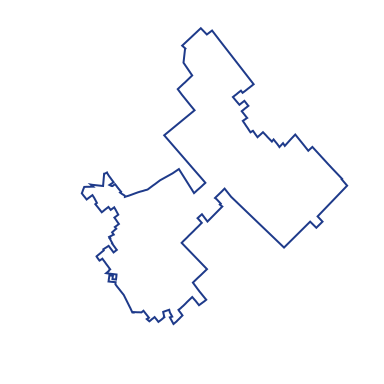 outline of Escárcega, Campeche, Mexico, rotated 316°
{"feature_id": "50627088B69816273127262", "entity_name": "Escárcega", "entity_type": "district", "adm_level": 2, "iso_a3": "MEX", "parent_name": "Mexico", "parent_adm1": "Campeche", "projection": "orthographic", "projection_center": [-90.697, 18.582], "detail": "fine", "context": "isolated", "style": "outline", "palette": "blue", "viewbox_px": 384, "rotation_deg": 316, "n_neighbors": 0, "source": "geoboundaries", "source_scale": "gbopen_adm2", "svg_char_len": 5654}
<svg xmlns="http://www.w3.org/2000/svg" viewBox="0 0 384 384"><g transform="rotate(316 192 192)"><path d="M71.2,252.0L71.5,255.4L73.6,255.6L74.6,255.6L75.9,255.8L78.2,256.0L77.9,259.6L77.6,262.1L80.8,262.5L81.8,262.6L84.5,262.8L84.8,262.5L85.2,262.8L86.3,260.9L87.5,258.9L88.0,258.2L89.1,258.7L91.5,259.8L93.8,260.9L92.4,263.3L91.9,265.3L91.2,267.9L89.0,266.8L88.0,270.4L87.0,274.1L87.9,274.2L88.6,274.2L89.8,274.3L91.0,274.4L92.2,274.3L94.9,274.3L95.0,274.3L97.1,274.2L99.4,274.2L99.8,271.6L99.9,270.8L100.0,269.8L100.0,269.6L100.2,268.3L100.3,268.0L100.4,267.4L102.8,267.7L104.8,267.7L106.4,267.8L108.3,267.8L109.6,267.8L111.9,267.7L113.9,267.7L115.3,267.7L116.6,267.7L119.2,267.7L119.0,271.4L119.0,272.5L118.9,273.4L118.6,276.3L118.4,278.3L120.6,278.6L122.9,278.9L125.0,279.2L127.4,279.4L127.8,274.3L128.1,271.0L128.3,268.4L128.4,268.0L128.6,266.2L128.7,265.3L129.0,263.3L129.0,263.2L129.3,260.8L129.7,257.8L132.0,257.8L132.9,257.8L133.6,257.8L134.3,257.8L135.2,257.8L136.6,257.8L140.4,257.9L142.3,257.9L144.1,257.9L145.6,257.9L149.2,257.9L149.2,248.4L149.2,235.9L149.2,226.2L149.2,221.4L151.6,221.3L154.0,221.3L157.1,221.3L159.3,221.2L161.3,221.2L163.2,221.2L166.1,221.2L168.8,221.1L170.8,221.1L173.2,221.1L175.6,221.0L177.6,221.0L177.8,216.5L177.8,215.3L177.8,214.9L177.8,214.7L181.2,214.8L183.7,214.9L182.6,224.0L203.7,223.5L203.3,220.4L204.6,220.4L204.7,214.3L204.7,214.2L204.4,212.3L205.6,212.3L209.3,212.3L211.6,212.3L213.8,212.3L214.1,212.3L216.5,212.2L217.8,212.2L216.8,222.6L218.2,259.8L218.8,274.7L219.6,295.9L256.4,295.4L256.6,304.1L265.3,304.0L265.4,296.8L308.0,295.2L308.5,286.8L309.1,286.8L309.2,272.7L309.3,266.1L309.9,243.2L304.3,243.1L305.0,236.0L306.2,222.4L299.4,222.7L290.8,223.3L291.4,220.1L286.1,220.4L286.3,219.5L286.4,218.6L286.6,217.1L286.7,216.4L286.9,213.8L287.2,210.9L286.5,211.0L285.7,211.0L285.0,211.1L284.5,211.2L284.5,210.0L284.5,208.8L284.5,208.0L284.5,207.6L284.5,206.4L284.5,205.8L284.5,204.7L284.6,203.0L284.6,201.0L284.6,198.8L284.6,198.3L279.9,198.2L279.0,198.1L278.1,198.1L277.2,198.1L277.6,195.2L277.8,193.8L277.9,193.4L278.4,190.3L278.2,190.2L277.5,190.1L277.3,190.1L276.4,189.9L275.5,189.7L276.0,186.9L276.5,184.5L276.8,182.5L277.0,181.3L277.2,180.5L277.7,177.4L278.0,176.3L278.0,176.2L279.0,176.3L279.5,176.4L280.6,176.6L281.8,176.8L282.3,176.8L283.1,177.0L283.1,176.9L283.2,175.8L283.9,168.4L284.4,168.4L284.9,168.5L285.4,168.5L285.8,168.6L286.3,168.6L286.8,168.7L287.6,168.7L288.6,168.8L290.1,169.0L292.4,169.2L292.4,168.7L292.5,167.7L292.9,164.0L293.0,162.8L286.7,162.2L287.0,157.4L287.4,152.1L289.5,152.3L291.9,152.6L293.8,152.7L295.8,152.9L297.6,153.1L297.3,155.8L300.3,156.2L303.3,156.5L304.5,156.6L305.1,156.7L311.2,157.3L312.7,143.7L317.2,102.0L318.6,89.8L312.1,89.0L312.1,80.3L286.6,79.9L286.9,84.3L286.2,84.4L275.7,93.1L273.1,108.3L270.4,108.3L267.6,108.3L266.2,108.3L265.1,108.3L262.6,108.3L261.5,108.2L253.2,108.1L252.3,115.1L251.2,127.3L251.0,129.6L250.6,135.0L211.4,131.9L208.9,177.9L208.7,181.9L208.5,186.0L208.2,191.6L208.0,194.7L207.4,194.7L205.1,194.6L203.0,194.6L200.5,194.5L198.5,194.4L197.1,194.3L195.2,194.3L192.7,194.2L193.7,189.5L194.3,186.5L194.9,183.7L198.5,166.4L191.0,165.1L177.2,161.4L170.7,160.6L168.9,160.3L161.8,159.4L160.8,158.9L159.8,158.3L157.4,157.1L156.5,156.6L155.1,155.8L152.9,154.7L152.7,154.6L149.1,153.0L146.8,152.0L143.5,150.5L142.2,149.8L141.0,149.2L140.9,149.2L140.3,148.9L140.9,148.3L141.0,148.2L141.0,147.5L140.8,146.7L140.3,144.8L140.1,143.6L140.0,143.2L139.9,142.5L140.8,142.7L141.2,142.6L141.2,141.3L141.3,140.6L141.3,140.4L141.3,140.1L141.4,139.9L141.4,139.1L141.4,138.9L141.5,138.6L141.5,138.4L141.5,137.8L141.6,137.6L141.6,137.4L141.6,137.2L141.6,136.9L141.9,135.0L142.1,132.9L138.9,132.5L138.5,132.1L138.3,131.8L138.2,131.6L137.5,129.6L138.6,129.8L142.4,130.5L142.8,127.3L143.1,125.3L143.4,122.9L143.6,121.8L144.1,119.7L144.4,118.9L143.2,118.6L142.2,118.3L141.5,117.8L132.2,125.9L125.2,117.5L124.4,116.4L124.6,119.5L123.1,118.1L121.6,116.8L119.5,114.8L118.0,113.5L117.8,113.6L115.8,114.5L114.7,115.0L113.6,115.6L111.8,116.4L111.7,117.6L111.5,118.8L111.3,121.5L111.0,124.2L113.7,124.5L115.2,124.7L116.2,124.8L118.2,125.1L117.6,128.2L116.0,133.8L114.0,133.6L113.8,136.0L113.7,137.2L113.4,140.2L113.0,143.9L114.9,144.1L116.8,144.2L118.7,144.4L121.5,144.7L121.1,148.4L125.4,149.0L125.2,149.7L125.1,150.2L125.0,150.4L125.0,150.7L124.8,151.4L124.0,154.2L123.2,157.1L120.6,156.8L118.4,156.5L118.0,159.3L117.6,161.4L117.2,164.2L115.0,164.0L112.2,163.6L112.2,164.2L112.1,164.9L112.0,165.8L111.1,165.7L106.5,165.5L106.3,166.7L106.2,167.8L106.1,168.3L105.1,167.9L103.3,167.4L102.3,167.1L101.1,166.7L100.9,167.3L100.7,167.9L101.3,168.0L101.2,168.4L100.6,168.2L100.6,168.4L99.9,170.6L99.1,173.6L98.7,173.6L98.6,174.8L98.5,175.3L98.1,178.3L97.8,180.1L97.7,181.4L93.6,181.0L94.0,177.8L94.6,173.0L94.6,172.8L92.2,172.4L90.9,172.1L88.4,171.6L88.0,172.7L87.4,172.7L86.6,172.6L85.8,172.5L85.0,172.5L84.4,172.4L83.8,172.4L82.6,172.3L81.4,172.2L78.6,172.0L78.5,172.3L78.1,174.6L78.1,174.8L78.0,175.8L77.9,176.0L77.9,176.3L77.8,177.1L78.5,177.3L79.5,177.4L80.3,177.6L81.2,177.7L80.9,179.8L80.6,182.4L80.4,183.3L80.3,184.1L80.2,184.8L79.9,187.4L79.7,188.6L79.5,190.0L79.4,190.8L77.8,190.7L77.4,191.0L73.9,190.8L74.8,192.0L76.0,193.5L80.4,198.9L79.2,200.0L76.5,202.2L74.3,199.4L76.9,197.3L74.6,194.6L73.4,195.6L72.1,196.6L71.4,197.1L70.4,198.0L69.8,198.4L71.2,200.1L73.1,202.3L74.4,203.8L72.8,205.2L72.4,208.1L72.2,210.5L71.8,214.3L71.4,218.6L68.8,226.9L67.4,231.3L67.0,232.7L66.7,233.5L66.5,234.1L65.4,237.2L66.2,238.1L66.5,237.7L69.0,240.4L69.8,241.2L71.1,242.5L72.0,243.5L74.6,243.7L74.1,248.4L73.7,252.5L71.2,252.0Z" fill="none" stroke="#1e3a8a" stroke-width="2"/></g></svg>